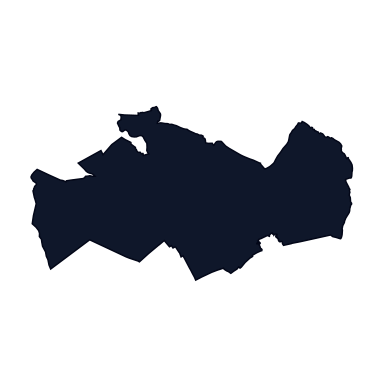 the district of Manesti, Dâmbovita, Romania, rotated 175°
{"feature_id": "2599482B57698310320107", "entity_name": "Manesti", "entity_type": "district", "adm_level": 2, "iso_a3": "ROU", "parent_name": "Romania", "parent_adm1": "Dâmbovita", "projection": "equal_earth", "projection_center": [25.283, 44.948], "detail": "fine", "context": "isolated", "style": "filled", "palette": "ink", "viewbox_px": 384, "rotation_deg": 175, "n_neighbors": 0, "source": "geoboundaries", "source_scale": "gbopen_adm2", "svg_char_len": 6008}
<svg xmlns="http://www.w3.org/2000/svg" viewBox="0 0 384 384"><g transform="rotate(175 192 192)"><path d="M220.0,280.1L220.7,280.0L222.2,279.4L223.5,279.5L224.2,279.3L225.7,278.2L225.4,277.7L225.3,276.8L227.4,276.2L232.8,275.2L233.9,275.4L234.3,275.6L234.9,275.4L236.0,275.6L236.8,275.2L237.8,275.1L238.7,275.4L238.8,274.4L238.7,273.1L240.3,273.1L252.5,274.6L258.6,275.8L257.2,275.1L256.3,274.4L256.0,272.9L256.6,270.0L259.3,268.8L259.8,268.1L260.2,267.1L258.9,263.4L258.3,262.4L258.4,261.1L258.3,259.8L257.6,259.0L256.5,258.2L255.8,258.2L253.7,259.5L252.7,259.6L251.8,259.2L250.3,257.7L249.7,255.4L248.8,253.6L247.3,252.5L244.7,251.9L242.6,251.8L239.5,252.7L238.0,252.7L237.2,252.5L235.9,251.3L234.5,247.8L232.7,244.4L232.9,240.3L233.4,237.3L232.8,235.5L231.8,233.8L237.3,232.6L237.4,234.4L237.6,234.7L238.5,234.3L239.2,234.5L240.1,236.1L242.6,236.3L243.7,238.5L243.7,239.1L244.2,239.6L244.6,240.4L244.5,241.4L245.6,242.3L248.7,245.1L248.5,246.3L248.7,246.8L254.0,250.0L257.4,252.6L267.8,246.2L277.4,236.9L279.1,241.2L302.8,230.7L297.2,224.2L295.6,221.9L294.1,220.6L293.0,220.0L290.1,218.9L289.3,218.4L288.4,217.5L287.3,216.2L289.4,216.2L292.4,217.1L294.0,216.9L296.7,216.9L297.8,215.6L299.3,214.9L311.5,214.4L316.1,214.1L316.7,213.1L319.7,214.7L322.1,215.3L332.8,221.3L344.3,228.0L347.6,225.5L350.0,223.0L351.0,221.2L351.0,220.1L349.8,218.0L349.3,216.8L346.6,214.6L346.2,213.1L348.3,211.2L348.6,210.3L349.4,209.0L349.7,207.6L350.3,207.0L349.5,200.3L348.9,197.9L348.2,193.9L352.0,182.3L353.9,174.3L350.4,170.5L348.1,166.9L347.5,164.1L347.9,160.9L346.1,158.0L346.0,155.3L345.6,151.0L343.1,145.1L342.7,140.7L341.4,137.1L340.8,131.7L339.5,127.6L298.1,153.3L263.4,133.2L260.2,131.6L251.7,127.9L250.5,127.0L240.6,134.5L230.7,141.4L230.2,141.8L229.1,142.4L223.9,146.1L219.2,139.4L217.2,140.4L215.8,137.9L213.7,138.8L213.1,138.5L212.9,138.2L210.2,133.2L210.0,132.9L209.7,132.7L208.5,128.3L206.6,129.3L205.6,127.3L201.1,116.5L200.1,114.4L198.7,110.9L197.0,107.0L196.0,103.9L190.0,106.4L179.4,110.3L173.4,112.0L167.2,113.4L166.9,112.5L165.9,111.6L164.2,110.3L162.6,109.5L160.4,107.6L157.3,109.5L153.9,111.3L152.0,113.3L150.8,112.0L149.4,112.9L145.2,117.2L140.1,121.1L137.3,122.5L137.6,123.3L136.5,124.1L132.7,125.9L128.1,127.5L127.7,127.4L127.3,128.2L127.4,128.7L127.8,129.3L128.3,129.6L128.7,130.2L128.9,130.9L129.1,132.0L129.7,133.3L129.7,133.6L130.0,133.9L130.9,134.6L132.0,134.8L132.0,135.1L130.8,136.3L129.8,135.6L128.9,134.6L128.5,135.1L128.8,135.7L129.2,136.2L130.7,137.3L130.9,137.6L129.8,138.2L129.9,138.6L129.8,138.9L126.7,139.8L125.8,140.2L122.5,141.4L122.2,141.7L121.7,141.7L121.1,142.0L120.1,141.9L118.8,141.1L118.6,141.4L118.8,142.1L118.8,142.3L117.9,143.0L117.5,143.5L117.0,143.7L116.7,144.0L116.0,143.9L115.7,144.1L115.6,143.8L115.4,143.2L115.2,143.0L114.7,143.0L114.4,142.8L114.3,142.7L114.2,142.0L114.2,141.9L112.9,142.9L112.3,142.8L111.9,142.4L111.3,142.6L111.0,142.5L110.9,142.3L111.0,141.8L112.2,141.2L112.5,140.8L112.5,140.6L112.1,139.9L112.1,139.6L111.9,139.4L111.5,139.5L111.3,139.7L111.0,139.6L110.9,139.4L111.0,139.2L111.4,139.3L111.3,139.0L110.6,138.2L110.0,138.0L109.8,137.4L109.9,137.1L110.2,137.0L110.2,136.8L110.0,136.3L109.6,136.1L109.8,135.7L109.5,135.2L109.0,134.8L108.6,134.7L107.3,135.0L106.7,134.9L106.4,134.0L106.3,133.5L106.4,133.2L106.3,132.6L106.1,132.0L105.6,131.5L105.5,130.9L97.7,131.9L96.8,132.2L88.2,133.1L57.7,137.1L55.7,135.3L52.4,134.2L48.3,132.5L47.9,132.6L47.7,132.8L47.0,134.0L46.5,135.4L46.2,136.5L45.5,140.8L45.5,141.1L45.6,141.7L45.7,142.1L44.8,145.2L44.3,146.1L43.2,147.8L42.8,148.6L42.5,149.9L41.9,151.0L41.1,152.6L37.3,157.7L36.6,159.4L36.3,161.5L35.3,164.3L34.8,165.4L34.2,165.8L34.0,166.4L34.1,167.1L34.5,167.6L34.9,168.6L34.8,172.5L35.2,173.9L35.4,174.3L35.6,174.8L35.5,175.9L35.1,177.2L34.8,177.6L34.9,179.0L35.0,180.1L34.9,180.3L34.5,180.7L34.7,181.3L35.5,182.3L35.3,182.8L37.7,188.6L38.0,191.1L37.5,191.3L34.0,192.2L32.9,192.1L32.1,192.3L31.5,193.9L30.9,198.0L30.4,199.3L30.1,201.6L30.1,202.9L30.2,205.1L31.2,207.8L31.9,208.9L32.2,209.7L32.9,210.7L33.3,211.5L33.4,211.9L33.3,212.4L33.4,212.6L33.8,212.6L34.5,212.0L34.8,211.6L35.2,211.9L35.7,213.7L36.6,216.0L37.1,216.9L37.9,217.4L38.9,218.5L39.3,219.1L39.6,219.9L39.7,220.9L39.5,221.3L39.6,222.2L38.8,224.8L39.8,227.0L41.3,228.8L45.2,231.4L46.3,232.3L46.9,233.0L48.2,233.8L48.5,233.9L49.5,233.5L49.9,233.6L51.1,234.9L52.2,235.3L52.7,234.8L53.8,234.9L55.2,235.5L55.5,236.6L56.8,238.5L58.8,239.6L59.6,239.1L60.0,239.1L60.4,239.4L60.8,239.9L61.0,240.5L61.1,240.8L61.7,241.0L63.2,241.7L63.3,242.1L63.6,242.2L64.3,242.2L64.5,242.4L64.6,243.3L64.8,243.7L65.4,243.8L65.7,243.7L66.0,243.7L66.2,243.8L66.4,244.6L66.3,245.2L66.4,245.5L66.6,245.5L66.8,245.8L67.0,246.0L67.5,245.9L68.1,245.7L68.5,245.5L69.8,247.7L71.3,249.2L74.0,251.4L76.1,252.6L76.8,251.6L77.0,251.1L77.8,251.0L78.2,251.2L79.0,251.3L79.4,251.5L79.9,251.5L80.1,251.4L81.0,249.9L82.8,248.1L83.7,246.9L83.8,246.7L84.2,246.2L86.5,244.6L87.9,242.5L89.4,240.8L89.8,239.8L91.1,235.2L91.7,233.6L93.5,231.2L97.5,227.4L100.1,224.1L103.5,220.4L105.9,216.9L107.4,214.4L108.2,213.5L111.3,211.2L112.4,210.5L115.7,209.0L117.4,208.6L117.6,208.7L118.2,209.5L121.1,213.5L121.3,213.9L121.3,214.7L122.4,215.1L128.0,218.3L131.6,219.9L136.3,222.3L138.3,223.4L140.6,224.8L151.3,232.3L154.5,234.9L158.0,239.4L158.6,239.9L159.5,240.0L161.1,240.2L162.3,240.2L163.2,239.9L164.1,239.2L165.7,237.2L166.3,236.6L166.7,237.0L167.6,238.8L171.5,239.0L174.1,239.7L174.2,242.8L174.4,243.7L174.5,243.9L175.2,244.6L176.5,245.2L176.6,245.4L176.6,245.7L176.0,246.6L176.9,247.3L177.8,247.8L179.5,248.0L179.9,248.1L181.7,249.3L183.4,249.7L184.6,250.5L188.3,252.5L190.0,253.6L191.0,254.5L191.5,254.9L192.8,255.1L194.9,255.7L198.2,257.3L201.7,259.4L204.4,260.4L205.7,261.0L206.9,261.3L208.0,261.2L208.8,261.4L209.3,261.8L210.6,262.3L212.7,262.5L216.1,263.4L217.5,263.6L219.5,263.4L220.6,263.4L220.0,265.5L219.5,265.4L219.1,265.4L218.0,266.2L217.4,268.4L216.7,270.8L216.6,272.3L216.9,273.1L218.6,276.1L219.0,278.4L220.0,280.1Z" fill="#0f172a" stroke="#020617" stroke-width="1.5"/></g></svg>